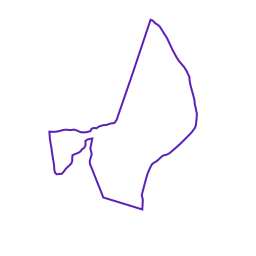 outline of Sampaio, Tocantins, Brazil, rotated 54°
{"feature_id": "56859067B23367383514430", "entity_name": "Sampaio", "entity_type": "district", "adm_level": 2, "iso_a3": "BRA", "parent_name": "Brazil", "parent_adm1": "Tocantins", "projection": "mercator", "projection_center": [-47.925, -5.341], "detail": "fine", "context": "isolated", "style": "outline", "palette": "violet", "viewbox_px": 256, "rotation_deg": 54, "n_neighbors": 0, "source": "geoboundaries", "source_scale": "gbopen_adm2", "svg_char_len": 1355}
<svg xmlns="http://www.w3.org/2000/svg" viewBox="0 0 256 256"><g transform="rotate(54 128 128)"><path d="M202.3,164.3L200.2,162.6L194.8,158.2L190.3,156.3L179.9,143.5L176.5,139.1L173.0,133.2L171.3,129.5L171.4,126.9L171.7,124.0L170.8,116.2L172.4,112.1L172.8,109.1L172.0,99.6L171.6,95.7L170.8,90.3L169.9,84.6L168.9,78.9L167.2,73.8L165.6,71.4L161.2,67.4L157.0,63.9L147.9,59.9L145.1,58.2L141.7,56.7L130.1,52.3L124.9,49.8L123.1,48.4L116.3,47.1L111.8,46.8L103.2,47.4L98.8,47.1L91.1,46.1L78.9,43.7L64.9,42.7L62.6,43.1L58.9,44.5L55.9,44.8L53.7,46.1L88.0,94.2L114.7,132.4L115.9,136.0L113.9,140.1L112.9,143.6L111.1,146.5L109.8,150.3L109.7,153.7L108.0,155.4L107.2,157.8L108.4,160.3L107.0,163.9L105.7,166.2L103.4,168.9L100.3,170.6L97.5,172.7L96.0,175.7L94.1,177.7L92.2,180.2L90.9,183.2L89.6,186.7L87.6,190.2L84.8,193.8L91.3,197.8L99.7,202.0L102.5,203.5L105.8,205.2L109.0,206.9L111.4,208.0L115.0,209.9L118.1,211.9L121.0,213.3L123.5,212.9L124.8,210.7L126.1,208.5L125.5,205.4L124.5,202.6L124.1,199.9L123.8,197.5L123.4,194.7L121.8,192.4L119.9,191.1L117.4,188.9L118.1,185.7L118.9,182.8L119.0,180.2L118.2,177.7L118.3,175.1L116.8,172.2L113.5,170.2L113.5,167.7L114.4,165.4L115.5,163.0L118.1,165.8L120.3,168.2L122.6,170.7L125.6,171.7L128.1,173.0L129.9,175.5L132.4,178.5L134.8,179.9L167.0,188.1L169.6,188.9L202.3,164.3Z" fill="none" stroke="#5b21b6" stroke-width="2"/></g></svg>